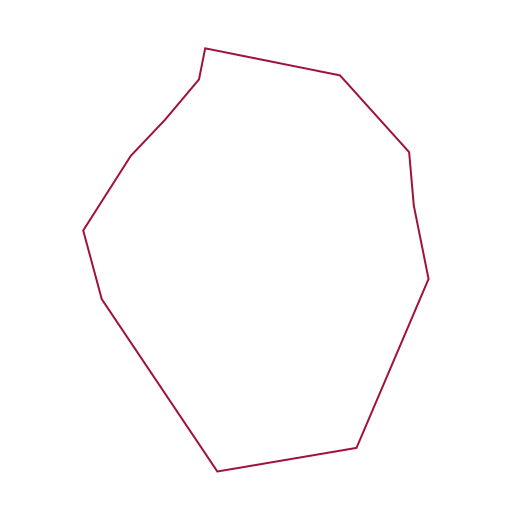 the district of Seo-gu [West District], Daegu, South Korea, rotated 265°
{"feature_id": "91817680B37138617445780", "entity_name": "Seo-gu [West District]", "entity_type": "district", "adm_level": 2, "iso_a3": "KOR", "parent_name": "South Korea", "parent_adm1": "Daegu", "projection": "natural_earth1", "projection_center": [128.554, 35.869], "detail": "fine", "context": "isolated", "style": "outline", "palette": "rose", "viewbox_px": 512, "rotation_deg": 265, "n_neighbors": 0, "source": "geoboundaries", "source_scale": "gbopen_adm2", "svg_char_len": 341}
<svg xmlns="http://www.w3.org/2000/svg" viewBox="0 0 512 512"><g transform="rotate(265 256 256)"><path d="M44.7,198.7L56.1,339.4L218.1,425.9L292.4,417.6L346.1,417.6L398.9,377.8L412.1,367.9L428.6,355.4L467.3,223.5L436.9,214.6L399.7,177.3L366.7,140.0L296.5,86.1L226.4,98.6L44.7,198.7Z" fill="none" stroke="#9f1239" stroke-width="2"/></g></svg>